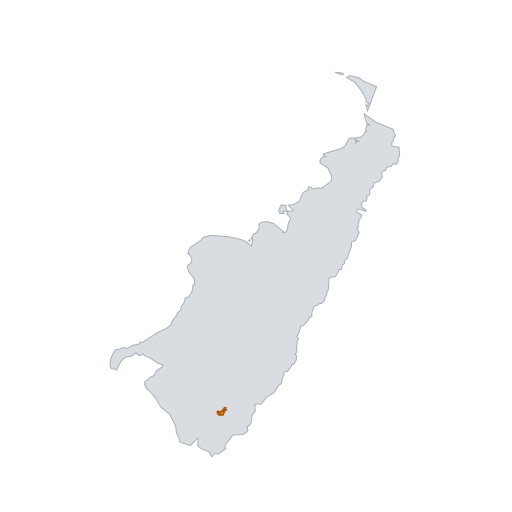 La Viña, Salta, Argentina shown in context, rotated 201°
{"feature_id": "61730980B12479001808037", "entity_name": "La Viña", "entity_type": "district", "adm_level": 2, "iso_a3": "ARG", "parent_name": "Argentina", "parent_adm1": "Salta", "projection": "natural_earth1", "projection_center": [-65.611, -25.526], "detail": "fine", "context": "in_parent", "style": "filled", "palette": "amber", "viewbox_px": 512, "rotation_deg": 201, "n_neighbors": 0, "source": "geoboundaries", "source_scale": "gbopen_adm2", "svg_char_len": 5676}
<svg xmlns="http://www.w3.org/2000/svg" viewBox="0 0 512 512"><g transform="rotate(201 256 256)"><path d="M313.3,156.8L310.6,161.8L311.1,165.2L308.5,173.1L309.1,174.6L307.0,178.4L307.6,182.4L306.5,186.3L306.9,191.2L306.1,192.7L304.3,193.1L303.0,200.0L304.4,206.6L303.0,207.8L305.3,212.6L312.6,216.8L316.3,221.1L316.4,222.8L314.4,225.5L314.1,227.7L315.1,230.8L317.0,232.6L320.5,233.8L320.9,238.1L320.2,240.8L313.3,250.6L311.7,254.8L305.3,259.1L288.9,264.1L276.2,266.0L268.9,265.6L264.1,263.6L264.4,269.1L266.8,270.7L265.6,270.8L266.6,271.8L266.0,276.3L264.4,277.1L263.2,280.8L263.3,284.1L264.7,286.7L263.2,289.4L257.7,292.1L251.2,292.7L239.1,288.4L239.6,287.7L239.0,287.5L237.0,288.3L236.2,292.0L237.5,297.7L237.1,302.6L237.8,304.3L242.2,306.1L241.8,308.1L243.3,308.3L246.4,307.9L246.8,306.3L245.2,305.7L249.4,304.4L251.0,306.5L251.1,311.5L250.3,312.9L247.0,313.8L246.1,313.6L244.2,310.0L242.6,309.3L237.9,311.2L237.4,312.3L244.2,314.9L239.2,317.6L235.2,322.3L235.0,330.9L234.1,333.3L231.4,335.6L230.9,337.2L231.8,338.2L231.4,339.8L226.1,339.3L222.4,341.9L218.9,342.8L212.7,352.5L213.6,357.2L220.6,364.0L229.4,365.8L230.5,368.1L230.1,370.8L229.1,372.4L225.9,373.9L228.6,373.9L229.8,375.3L214.3,387.5L212.2,391.0L211.4,398.3L210.2,399.8L207.0,401.3L204.8,399.7L203.1,397.1L203.2,399.2L200.2,400.0L203.8,400.1L205.5,401.9L200.7,404.6L199.3,407.0L198.8,410.3L196.9,412.3L198.4,411.8L199.8,418.4L196.0,418.9L200.7,420.0L206.1,427.4L205.6,428.0L205.4,427.2L191.6,423.9L173.0,423.4L173.1,422.4L168.8,418.3L169.7,415.5L168.9,413.1L169.8,410.9L169.1,408.1L167.5,407.3L161.5,408.8L158.0,401.5L158.2,397.6L157.1,395.0L158.0,391.8L161.1,391.6L161.9,388.2L165.8,385.6L165.7,382.3L168.1,380.4L168.6,378.8L166.4,374.5L167.9,369.9L171.9,366.4L171.5,361.9L173.7,359.7L171.9,353.8L174.2,351.3L173.0,349.9L172.9,346.7L175.2,345.9L176.6,342.5L174.2,339.4L169.9,338.5L169.6,336.9L177.4,336.8L178.3,334.3L177.7,332.9L171.9,332.2L171.9,328.8L173.1,326.6L171.9,324.5L172.3,322.5L170.7,319.5L172.2,318.2L168.3,315.1L168.2,310.1L169.0,308.8L168.4,306.1L171.9,303.6L170.2,298.7L170.3,289.4L169.7,286.9L171.8,283.1L170.7,280.6L172.2,278.7L171.5,273.9L173.3,273.5L174.5,265.3L178.9,262.8L179.8,261.2L176.5,250.8L176.8,246.9L176.1,245.1L176.9,242.8L176.1,239.4L177.4,235.5L180.4,233.8L180.6,232.5L183.8,229.7L183.6,223.1L182.1,219.6L183.7,218.4L184.7,213.3L187.0,207.9L189.0,206.9L188.5,200.8L189.2,195.3L186.5,194.3L187.1,190.3L186.1,189.4L185.5,185.2L183.7,181.5L183.6,179.9L184.6,178.8L182.6,177.4L181.2,174.0L181.4,170.9L181.8,168.8L183.9,167.2L183.5,165.7L185.2,159.3L187.4,158.9L188.5,156.7L187.3,155.5L187.6,151.6L186.5,146.1L188.5,143.3L190.2,134.8L195.1,128.7L198.4,119.1L201.0,118.9L203.8,116.9L201.0,110.6L202.8,106.7L200.8,98.4L201.4,95.3L203.0,93.5L201.1,90.3L201.7,87.8L204.3,84.8L213.6,80.4L217.2,67.5L215.2,65.3L220.2,57.8L223.8,56.5L225.4,52.7L230.0,56.3L238.1,56.5L242.2,58.0L245.1,65.4L249.3,55.5L260.5,55.1L262.8,58.7L267.1,62.7L270.0,68.3L279.2,76.9L291.0,81.1L298.3,86.9L306.7,91.8L310.9,93.0L314.1,96.4L314.8,99.0L312.9,101.0L311.4,104.9L309.1,107.0L308.1,109.5L308.2,112.6L303.7,118.8L303.8,121.1L308.3,120.6L319.1,123.0L324.3,123.0L326.0,124.1L328.9,121.2L333.5,122.4L336.6,117.3L339.6,116.3L342.9,112.9L344.5,108.6L345.3,99.5L347.1,100.1L350.1,98.9L352.8,100.7L354.9,108.4L354.2,115.7L352.9,118.7L349.6,120.4L347.8,122.5L342.6,124.0L339.7,128.0L333.2,132.2L333.5,134.4L331.4,134.2L320.3,149.4L313.3,156.8ZM204.1,457.3L203.9,431.5L207.6,436.5L205.8,436.2L205.4,438.6L208.4,439.2L209.8,442.2L216.4,447.9L226.0,453.5L235.6,455.2L233.0,458.0L223.6,459.3L218.0,457.8L204.1,457.3ZM239.4,456.9L242.3,455.9L248.0,455.8L240.5,457.8L239.4,456.9ZM268.3,267.8L268.2,268.9L266.4,267.1L268.3,267.8Z" fill="#d9dde1" stroke="#a8b0b8" stroke-width="1"/><path d="M235.2,95.0L234.9,95.1L234.7,95.2L234.2,95.1L234.0,94.9L234.0,94.7L233.9,94.6L233.7,94.6L233.4,94.7L233.2,94.7L233.1,94.8L233.1,94.7L233.0,94.8L232.9,94.8L232.7,94.9L232.4,94.9L232.3,95.0L232.2,94.9L232.1,94.7L231.9,94.7L231.9,94.8L231.8,95.0L231.7,95.3L231.4,95.4L231.2,95.5L230.9,95.7L230.6,95.5L230.5,95.8L230.4,95.9L230.4,96.0L230.3,96.3L230.2,96.3L229.9,96.1L229.9,96.3L229.8,96.5L229.8,96.8L229.8,97.0L230.0,97.2L229.9,97.3L229.9,97.5L230.0,97.5L230.0,97.8L230.0,98.0L229.9,98.1L230.0,98.1L230.1,98.3L230.2,98.5L230.3,98.6L230.3,98.8L230.2,99.0L230.3,99.0L230.2,99.1L230.3,99.2L230.2,99.3L230.0,99.5L230.1,99.9L230.1,100.0L230.1,100.3L229.9,100.4L229.7,100.3L229.5,100.5L229.4,100.5L229.3,100.8L229.2,100.9L229.2,101.0L229.3,101.1L229.2,101.2L229.3,101.2L229.3,101.3L229.2,101.5L229.3,101.5L229.2,101.5L229.3,101.6L229.2,101.7L229.2,101.8L229.1,102.0L229.8,102.1L229.8,102.3L229.8,102.5L229.8,102.8L229.7,103.0L229.8,103.2L229.8,103.3L230.0,103.2L230.3,103.1L230.5,103.2L230.6,103.3L230.7,103.2L230.8,103.2L230.7,103.0L230.8,102.9L230.7,102.9L230.8,102.7L230.7,102.6L230.8,102.6L230.9,102.4L230.9,102.2L230.9,101.9L231.0,101.8L230.9,101.8L230.9,101.7L230.8,101.4L230.8,101.2L230.9,100.9L231.0,100.9L231.0,100.7L231.2,100.4L231.3,100.3L231.3,100.2L231.5,100.2L231.8,100.0L231.8,99.9L232.0,99.8L232.1,99.7L232.2,99.4L232.3,99.2L232.5,99.0L232.5,98.9L232.6,98.7L232.7,98.4L232.8,98.4L232.9,98.2L233.0,98.1L233.0,97.9L233.1,97.7L233.1,97.4L233.2,97.2L233.3,97.2L233.4,96.8L233.5,96.5L233.6,96.3L233.7,96.1L233.9,95.9L234.5,96.0L234.5,96.3L234.4,96.4L234.4,96.5L234.4,96.8L234.5,97.0L234.4,97.5L234.5,97.6L234.8,97.7L235.1,97.5L235.3,97.6L235.5,97.5L235.8,97.4L236.1,97.4L236.2,97.2L236.3,97.1L236.3,96.9L236.3,96.7L236.2,96.4L236.2,96.2L235.9,96.0L235.8,95.9L235.7,95.9L235.4,95.8L235.2,95.9L235.1,96.0L234.9,96.1L235.0,95.9L235.0,95.7L235.1,95.4L235.2,95.2L235.2,95.0Z" fill="#f59e0b" stroke="#b45309" stroke-width="1.5"/></g></svg>